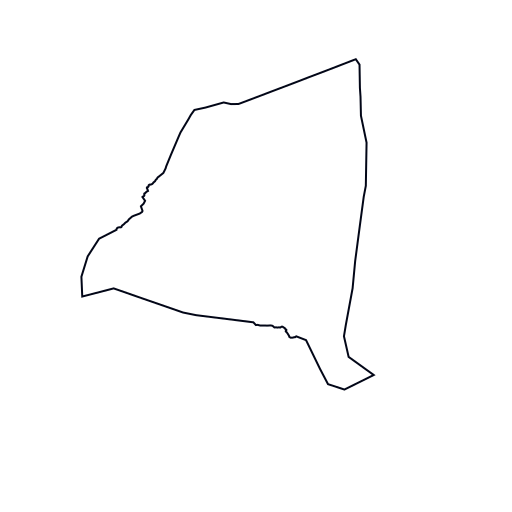 Naran, Sühbaatar, Mongolia (Natural Earth projection), rotated 155°
{"feature_id": "93677404B66780869720119", "entity_name": "Naran", "entity_type": "district", "adm_level": 2, "iso_a3": "MNG", "parent_name": "Mongolia", "parent_adm1": "Sühbaatar", "projection": "natural_earth1", "projection_center": [113.793, 45.123], "detail": "fine", "context": "isolated", "style": "outline", "palette": "ink", "viewbox_px": 512, "rotation_deg": 155, "n_neighbors": 0, "source": "geoboundaries", "source_scale": "gbopen_adm2", "svg_char_len": 3350}
<svg xmlns="http://www.w3.org/2000/svg" viewBox="0 0 512 512"><g transform="rotate(155 256 256)"><path d="M199.6,98.4L214.7,125.4L210.2,146.1L203.7,155.6L182.1,185.9L168.2,209.6L149.0,239.7L133.3,264.2L126.8,273.2L107.9,312.0L101.6,338.8L94.0,356.1L90.8,364.4L81.3,385.7L82.4,392.2L97.5,393.2L115.1,394.4L132.6,395.7L143.3,396.4L171.7,398.5L193.7,400.1L205.6,401.0L207.7,401.2L214.4,404.2L220.4,408.8L239.2,411.9L250.1,414.4L255.4,411.4L259.3,408.6L263.0,406.1L272.2,399.9L274.6,397.8L290.3,383.7L299.5,375.2L300.9,373.6L304.9,370.4L310.3,369.1L310.6,369.0L310.9,368.9L311.3,368.9L311.5,368.9L311.8,368.8L312.0,368.7L312.4,368.5L312.6,368.3L312.8,368.1L313.0,368.0L313.1,367.9L313.3,367.8L313.5,367.7L313.9,367.6L314.1,367.6L314.3,367.5L314.6,367.4L314.9,367.2L315.1,367.1L315.4,366.8L315.6,366.7L315.9,366.5L316.0,366.4L316.4,366.3L316.7,366.3L316.8,366.3L317.0,366.2L317.4,366.0L317.7,366.0L317.9,365.9L318.0,365.9L318.3,365.7L318.5,365.6L318.8,365.4L319.1,365.3L319.5,365.2L319.9,365.1L320.1,365.1L320.3,365.1L320.6,365.2L320.8,365.2L321.2,365.2L321.4,365.3L321.8,365.4L322.0,365.6L322.3,365.7L322.5,365.7L323.0,365.6L323.3,365.5L323.5,365.4L323.6,365.1L323.7,364.9L323.8,364.7L324.1,364.4L324.4,364.3L324.7,364.2L324.9,364.1L325.1,364.2L325.4,364.2L325.5,364.3L325.8,364.3L325.9,364.2L326.0,364.1L326.2,363.8L326.2,363.5L326.2,363.2L326.2,362.8L326.2,361.8L326.3,361.6L326.4,360.6L326.5,360.6L327.1,360.6L327.6,360.5L327.8,360.5L328.2,360.4L328.6,360.3L328.8,360.3L329.0,360.2L329.3,360.0L329.5,359.9L329.8,359.8L330.3,359.9L330.5,359.9L330.8,359.8L330.9,359.7L331.0,359.6L331.2,359.3L331.2,359.0L331.3,358.7L331.4,358.4L331.5,358.2L331.8,357.9L332.0,357.8L332.2,357.7L332.5,357.7L332.8,357.7L333.7,357.6L333.9,357.6L334.0,357.5L333.2,352.9L335.8,350.9L339.3,349.7L339.8,344.8L340.6,344.1L343.4,343.6L349.7,344.1L350.0,344.1L350.7,344.1L351.3,344.1L351.8,344.1L352.4,343.9L353.1,343.7L353.7,343.5L354.0,343.4L354.3,343.3L354.5,343.3L355.0,343.2L355.4,343.0L356.0,342.8L356.4,342.5L357.0,342.2L357.4,341.9L357.7,341.8L358.2,341.7L358.5,341.6L358.8,341.6L359.5,341.5L359.8,341.5L360.2,341.4L360.6,341.3L361.1,341.1L361.6,340.9L362.1,340.7L362.5,340.6L362.9,340.5L363.4,340.4L364.0,340.3L364.3,340.2L364.5,340.1L364.8,340.0L365.0,339.9L365.2,339.7L365.4,339.5L365.5,339.3L365.7,339.2L365.9,339.1L366.3,339.1L366.6,339.2L367.0,339.4L367.5,339.7L367.7,339.8L368.3,339.9L368.9,340.1L369.3,340.1L369.6,340.1L369.8,340.1L370.0,339.9L370.3,339.8L370.8,339.5L371.0,339.3L371.2,339.1L371.3,338.9L371.4,338.7L371.5,338.7L390.9,338.0L408.7,326.8L423.0,311.0L430.6,292.7L398.7,286.8L375.7,264.4L346.0,235.6L335.3,227.7L286.4,197.0L285.3,193.5L283.6,192.9L281.6,191.2L279.7,190.3L277.9,189.5L274.9,188.0L273.6,187.5L272.3,187.0L271.2,186.3L270.7,185.9L270.2,185.1L269.8,184.1L269.6,183.6L269.3,183.3L268.3,183.0L267.8,182.8L267.1,182.2L265.2,181.6L264.6,181.1L264.2,180.9L263.6,181.0L263.0,181.1L262.6,181.1L262.2,181.0L261.6,180.4L261.2,179.5L260.7,179.0L260.4,178.5L260.4,177.9L260.3,177.5L260.2,177.2L259.8,176.7L259.7,176.4L259.7,176.1L259.9,175.9L260.6,175.6L260.9,175.1L260.8,174.7L260.4,174.0L260.1,172.2L260.0,171.3L259.9,170.5L259.8,169.6L260.0,168.7L259.2,167.4L257.8,166.7L256.8,166.4L255.6,166.3L255.1,165.9L254.5,165.9L253.5,166.2L246.2,158.6L245.7,126.8L244.9,109.4L232.3,97.6L199.6,98.4Z" fill="none" stroke="#020617" stroke-width="2"/></g></svg>